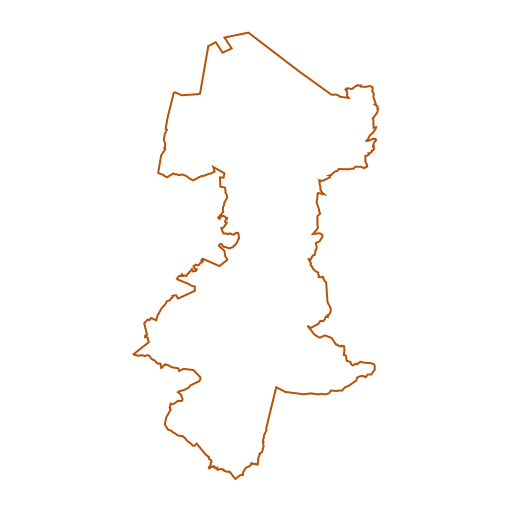 the district of Tlaxco, Tlaxcala, Mexico, rotated 91°
{"feature_id": "50627088B58277069964164", "entity_name": "Tlaxco", "entity_type": "district", "adm_level": 2, "iso_a3": "MEX", "parent_name": "Mexico", "parent_adm1": "Tlaxcala", "projection": "albers", "projection_center": [-98.132, 19.62], "detail": "fine", "context": "isolated", "style": "outline", "palette": "amber", "viewbox_px": 512, "rotation_deg": 91, "n_neighbors": 0, "source": "geoboundaries", "source_scale": "gbopen_adm2", "svg_char_len": 6122}
<svg xmlns="http://www.w3.org/2000/svg" viewBox="0 0 512 512"><g transform="rotate(91 256 256)"><path d="M70.5,216.4L32.8,267.5L38.1,291.3L48.9,284.0L53.3,293.0L42.8,300.0L46.5,306.2L46.7,307.3L94.7,314.8L95.2,316.9L96.6,333.0L93.8,339.6L94.3,341.1L120.1,347.0L130.5,348.6L131.2,347.3L136.0,349.4L141.3,350.2L145.3,348.7L149.1,348.9L149.4,349.5L150.5,348.5L157.2,352.6L174.7,355.3L176.6,349.9L177.6,349.0L178.8,346.3L174.9,340.1L175.6,339.1L175.7,336.8L176.6,334.0L175.9,332.2L176.0,330.1L177.9,325.8L179.3,324.5L181.5,320.2L177.4,312.8L176.4,308.5L174.7,304.7L174.4,302.8L172.4,298.8L167.7,300.3L173.9,289.0L178.3,289.8L178.0,293.4L187.3,292.9L188.1,288.2L191.4,287.6L192.6,287.8L196.4,286.0L198.0,285.8L203.5,288.7L205.0,288.6L207.5,289.8L210.9,290.0L212.8,289.6L218.3,294.6L219.6,293.2L217.2,291.7L216.5,290.3L216.6,288.9L217.8,287.2L218.4,285.6L219.6,285.7L219.8,286.6L222.3,287.6L223.3,285.8L228.2,289.1L228.6,291.1L231.5,290.0L232.1,290.1L234.1,288.6L234.0,286.9L234.4,285.5L234.1,284.6L234.6,284.1L233.8,282.1L234.8,280.5L234.7,279.3L235.0,278.9L234.8,277.9L233.8,277.4L233.0,275.2L233.6,274.0L238.8,273.3L239.9,274.2L242.4,275.0L244.1,276.3L245.5,276.9L246.0,278.2L247.6,279.2L248.9,283.5L248.2,284.4L247.4,288.2L246.7,289.2L245.3,290.0L244.5,291.4L245.0,292.5L246.4,293.3L251.5,287.6L256.2,287.0L260.3,284.6L266.7,292.4L259.3,310.1L259.8,309.4L262.0,311.0L261.0,308.9L262.7,309.3L264.0,311.7L265.7,312.6L266.1,313.2L266.4,313.9L265.7,316.0L267.3,318.2L269.7,317.0L270.5,314.9L272.0,316.0L272.5,318.8L270.2,319.8L272.8,321.7L273.1,322.4L273.9,322.6L274.6,323.6L277.2,325.3L276.7,327.3L277.1,328.0L276.3,328.9L277.1,328.7L277.2,330.1L276.6,329.8L276.3,330.1L277.3,331.4L277.2,332.3L277.6,332.9L280.2,334.7L280.8,334.0L285.0,323.1L286.7,320.4L287.6,316.7L291.9,316.6L299.9,333.2L296.6,335.3L297.3,338.9L298.9,338.8L299.9,340.2L301.9,341.6L302.8,344.3L306.2,346.1L309.7,349.3L316.9,353.3L322.0,354.7L319.8,359.8L322.0,361.4L321.4,363.1L325.1,366.6L336.8,363.6L337.3,364.3L337.3,365.2L339.1,365.6L339.1,363.8L339.4,363.0L344.1,361.7L356.3,376.7L356.8,376.3L357.7,372.0L357.2,368.0L358.0,365.4L357.1,363.1L357.3,361.5L358.0,360.5L360.0,359.4L361.5,357.4L362.1,355.7L365.2,352.6L365.3,349.6L369.5,348.9L369.0,347.6L367.4,346.8L365.9,344.8L366.5,344.3L366.3,342.7L368.7,338.3L369.6,332.0L369.9,331.6L372.3,330.8L370.1,326.5L371.1,316.6L378.5,309.3L380.7,309.7L382.1,310.5L386.5,319.3L388.8,321.1L391.1,325.3L392.7,330.6L393.5,331.7L395.0,329.7L396.8,328.0L397.8,328.1L400.6,326.8L401.9,327.4L402.3,328.1L402.3,330.7L402.0,331.3L404.9,335.0L405.7,337.6L405.1,338.7L408.9,339.7L409.2,339.2L410.1,339.4L410.9,338.5L418.7,342.8L425.8,344.3L430.9,341.2L432.3,337.6L434.1,335.4L435.0,333.4L436.3,332.0L437.2,329.3L437.3,326.2L438.3,325.4L439.2,323.8L442.1,321.6L444.2,318.4L446.7,315.9L446.8,314.2L444.6,312.1L455.7,302.6L457.9,299.5L458.3,299.8L459.9,299.3L461.0,297.1L462.9,297.0L463.8,297.8L465.1,297.6L466.9,298.2L467.5,299.0L468.6,299.5L469.2,299.1L467.7,296.8L467.1,295.3L467.6,294.8L466.9,294.3L468.5,292.6L468.4,291.8L469.0,292.3L469.1,291.0L470.5,290.7L469.5,287.3L470.1,285.0L470.8,284.8L470.9,283.9L471.4,283.9L471.8,283.0L472.2,280.8L472.0,279.0L472.6,278.9L472.6,278.2L479.1,273.0L479.2,272.6L475.7,268.4L475.0,266.6L475.1,265.2L472.2,265.1L467.8,262.3L466.4,258.9L464.5,256.9L463.7,257.2L463.2,256.7L463.2,256.1L464.3,254.0L463.7,252.8L464.4,251.7L464.4,250.6L458.0,250.2L454.8,248.8L454.2,248.7L453.8,249.1L451.9,246.6L449.3,245.8L448.4,245.9L447.8,245.5L445.9,245.1L442.4,245.7L441.6,245.2L440.2,245.9L437.7,245.0L435.2,244.9L429.8,242.4L428.9,242.8L426.8,242.5L386.9,233.5L391.4,224.3L393.4,206.0L392.4,198.5L393.3,192.0L392.6,187.5L393.2,186.1L392.9,183.0L391.9,180.4L389.3,178.9L389.5,172.7L389.0,170.2L389.1,167.7L385.6,164.5L384.3,161.3L378.9,153.7L375.7,152.7L374.4,149.7L373.9,146.7L375.4,144.5L374.2,143.3L373.1,143.0L372.5,142.1L372.5,138.7L367.5,135.3L363.6,135.4L362.1,136.2L361.1,139.4L360.8,146.0L359.9,149.6L361.6,152.2L362.4,152.8L361.9,154.8L363.6,156.5L363.5,157.7L362.7,158.7L360.3,159.8L359.1,163.6L353.9,164.4L353.4,166.5L347.9,165.9L344.5,166.5L344.2,169.0L345.0,169.3L344.3,172.0L343.1,173.3L343.4,174.2L336.6,179.0L334.2,185.8L336.5,190.5L336.1,192.1L333.5,196.2L325.6,202.7L325.3,202.5L326.6,201.1L326.6,199.3L322.8,192.5L319.8,190.5L320.0,188.8L319.8,187.5L318.2,186.3L315.4,185.1L315.8,183.1L313.8,183.3L313.7,182.2L311.1,180.6L308.1,180.3L306.4,180.7L300.9,183.7L281.0,185.4L279.5,187.3L278.4,187.4L277.3,188.4L275.9,188.4L275.7,189.3L276.2,191.7L275.9,192.9L274.7,192.6L273.5,193.5L271.5,193.4L270.2,196.2L267.5,199.0L265.3,200.0L264.2,201.3L262.4,200.9L261.4,201.8L259.3,201.7L259.2,202.9L258.3,203.3L257.9,201.0L255.2,199.6L254.2,198.7L254.0,197.5L253.5,197.1L250.0,196.7L246.7,195.4L241.9,196.4L240.4,192.9L235.5,189.8L233.8,190.0L232.5,191.7L232.2,193.6L233.0,199.4L227.5,194.9L226.4,194.6L223.7,195.1L215.2,195.3L212.4,192.6L210.1,193.7L208.6,193.7L201.2,196.4L196.6,195.6L193.1,195.6L192.0,195.1L193.1,189.0L191.3,191.1L188.2,192.9L185.8,192.8L182.1,193.9L181.2,193.5L179.5,194.0L180.1,193.1L179.5,192.8L179.5,190.4L176.1,183.5L174.3,183.5L174.2,184.0L173.4,181.8L172.0,180.7L170.3,178.7L169.6,176.3L167.7,174.9L167.6,164.3L166.9,161.4L167.0,159.9L165.0,158.2L164.9,152.9L166.3,149.3L166.2,148.8L165.2,148.1L164.7,146.4L162.4,146.8L160.3,148.2L154.0,148.4L153.6,146.5L152.6,145.0L152.1,144.7L151.3,145.1L151.4,144.2L149.6,141.9L148.6,141.9L148.1,140.7L147.3,140.0L145.3,140.1L145.1,140.7L144.0,140.9L143.7,140.2L142.9,140.7L140.2,139.8L138.4,138.1L137.3,138.2L136.8,138.6L136.9,139.8L136.6,140.6L138.6,145.0L139.3,148.6L138.4,146.7L133.3,144.2L130.3,140.9L126.7,138.6L125.1,138.2L125.8,140.7L117.3,141.1L116.5,141.7L110.5,137.3L106.6,136.5L106.6,137.2L104.4,137.1L102.4,139.9L102.0,138.9L94.6,141.5L92.0,141.0L89.2,142.6L88.5,142.7L87.3,142.2L85.1,142.5L84.0,145.3L85.0,149.4L84.8,154.3L83.6,154.2L83.7,156.1L83.4,156.9L83.4,157.5L84.3,158.4L84.4,159.3L87.4,163.0L86.8,165.7L86.9,167.4L87.3,167.6L86.8,168.3L88.0,169.4L90.6,167.6L94.1,167.8L96.3,166.1L95.4,174.7L93.8,176.7L93.1,179.5L93.4,181.2L93.3,183.5L70.5,216.4Z" fill="none" stroke="#b45309" stroke-width="2"/></g></svg>